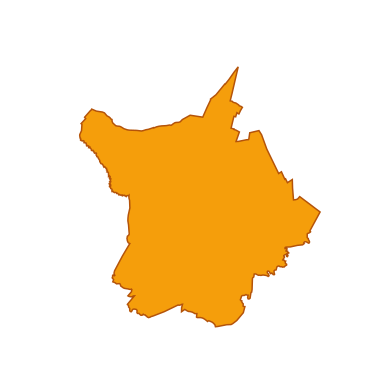 Acas, Satu Mare, Romania (Natural Earth projection), rotated 110°
{"feature_id": "2599482B53460210848238", "entity_name": "Acas", "entity_type": "district", "adm_level": 2, "iso_a3": "ROU", "parent_name": "Romania", "parent_adm1": "Satu Mare", "projection": "natural_earth1", "projection_center": [22.756, 47.519], "detail": "fine", "context": "isolated", "style": "filled", "palette": "amber", "viewbox_px": 384, "rotation_deg": 110, "n_neighbors": 0, "source": "geoboundaries", "source_scale": "gbopen_adm2", "svg_char_len": 6042}
<svg xmlns="http://www.w3.org/2000/svg" viewBox="0 0 384 384"><g transform="rotate(110 192 192)"><path d="M158.5,318.5L159.4,317.0L165.7,319.6L166.1,318.6L166.3,318.5L172.1,316.8L176.3,317.1L177.2,316.9L179.1,315.9L179.5,315.6L179.4,315.4L179.6,315.1L180.1,315.1L180.1,314.9L180.5,314.7L180.7,314.4L181.4,314.4L181.6,313.6L181.4,312.1L181.0,311.9L181.1,310.9L181.6,310.6L182.5,310.4L182.3,310.0L182.5,309.4L182.2,308.6L182.3,308.2L184.7,306.8L184.6,306.3L184.1,306.0L184.3,305.4L184.1,304.9L184.5,304.6L185.6,304.3L185.4,304.0L184.7,303.7L184.7,303.1L185.6,302.9L185.6,302.3L186.1,301.5L187.3,300.7L187.0,300.2L187.2,299.8L186.8,299.2L187.2,298.9L187.4,298.1L188.2,297.7L188.8,297.0L188.8,296.6L188.5,296.3L188.2,295.2L188.6,294.9L189.7,294.9L190.2,294.6L190.6,293.9L191.3,293.5L191.3,292.4L192.4,291.5L193.8,289.6L195.1,289.0L195.6,288.1L196.2,287.7L196.5,287.2L196.4,285.9L197.4,284.5L197.9,284.2L198.8,283.2L198.0,282.7L199.1,281.1L199.0,280.4L200.5,279.9L200.5,279.1L201.2,279.0L201.6,278.6L202.2,278.8L202.2,277.3L205.1,276.0L205.3,275.7L204.9,275.4L205.0,275.2L206.2,275.6L206.2,275.0L205.5,274.5L205.5,274.2L205.8,274.0L207.3,274.1L207.2,273.3L207.3,272.9L207.7,273.0L207.9,273.5L208.1,273.5L208.5,273.1L208.5,272.6L209.4,272.6L210.0,272.0L210.3,272.8L210.5,272.9L210.6,272.7L210.5,272.4L211.1,272.1L210.9,271.7L211.6,272.2L212.3,272.2L212.4,272.7L212.5,272.7L212.9,272.3L212.6,272.0L213.1,271.9L212.7,271.4L212.8,271.1L214.7,271.3L214.3,270.5L214.7,270.5L215.2,270.8L215.5,270.7L216.0,269.8L216.6,269.5L216.6,268.5L216.9,268.1L217.5,267.8L218.4,267.7L219.0,267.2L218.4,266.4L218.9,265.5L219.1,264.7L218.5,263.6L218.5,262.9L218.7,262.5L219.1,262.3L218.7,261.6L219.3,260.2L219.8,259.7L219.6,259.3L219.1,259.1L219.4,258.0L219.1,257.6L218.7,256.6L218.8,256.3L219.4,256.4L219.5,256.2L219.2,255.9L218.6,255.9L218.6,255.0L218.1,254.2L218.2,253.8L218.6,253.6L218.5,252.9L218.8,252.3L217.8,252.0L217.2,251.0L217.4,250.4L216.7,250.1L219.2,249.2L221.2,247.8L228.3,244.9L235.3,244.0L238.2,243.3L241.0,242.4L244.6,240.4L253.0,236.6L254.4,236.8L255.7,237.6L258.3,237.1L258.9,236.5L259.8,236.2L261.3,234.8L261.7,233.7L261.7,232.8L276.1,235.5L292.6,237.8L295.0,237.5L296.9,236.0L297.3,236.4L296.9,237.6L297.1,237.9L297.8,238.0L299.6,237.4L300.0,237.6L301.1,235.7L303.5,235.7L303.5,233.6L304.1,231.5L302.9,228.8L303.1,228.0L304.7,226.8L305.6,223.7L305.6,222.2L304.9,218.7L304.9,217.8L304.5,216.1L304.0,215.8L304.2,215.2L306.5,214.8L311.5,216.7L311.7,215.4L311.3,213.1L309.7,211.5L309.3,210.6L319.7,214.3L319.9,214.2L320.3,212.9L320.8,212.6L321.7,212.3L322.6,210.8L324.6,210.0L325.1,209.6L325.4,209.1L325.4,208.2L324.1,207.7L323.3,207.8L322.2,207.2L321.7,206.0L321.4,204.3L322.0,203.1L324.1,202.5L324.7,201.8L324.7,201.3L324.2,200.4L325.2,198.3L325.3,197.7L324.7,196.6L323.5,196.1L323.9,195.0L323.5,194.1L324.1,193.1L324.1,192.3L324.7,191.4L324.9,189.9L324.0,188.6L323.2,188.0L321.7,186.0L314.0,177.2L303.1,166.6L302.9,166.3L302.9,165.5L302.0,164.1L301.2,163.4L300.7,162.5L304.3,162.2L308.1,160.9L304.8,158.6L305.4,155.5L305.4,154.1L305.0,152.9L304.8,150.5L305.3,147.5L304.6,145.8L308.0,145.0L308.2,144.4L308.1,143.7L307.1,141.1L306.8,139.1L307.1,136.9L308.0,133.9L308.4,133.2L307.2,132.2L307.4,128.7L307.9,127.0L308.7,125.5L309.1,124.9L310.6,123.9L309.5,121.7L304.8,113.9L303.2,110.0L301.9,108.8L297.5,106.0L287.9,102.5L281.6,103.1L281.9,104.3L281.8,104.9L279.6,105.6L279.1,106.6L278.7,107.1L278.0,107.7L277.2,108.0L277.4,108.8L276.8,109.7L272.8,109.8L272.0,109.2L271.2,107.3L269.9,106.2L270.1,105.0L269.8,103.9L272.0,103.7L273.2,102.8L273.2,102.3L272.8,101.6L271.9,101.1L267.0,102.1L266.0,102.1L265.7,101.7L263.1,102.2L252.7,105.6L251.9,105.6L250.7,104.9L247.8,105.5L247.2,103.9L247.5,102.0L247.5,101.0L247.1,100.2L246.8,98.7L245.7,96.9L245.1,94.1L245.0,92.4L245.3,91.6L244.5,91.0L244.2,91.0L243.0,92.1L242.1,93.7L241.3,94.0L240.7,93.9L240.3,93.6L240.2,92.7L240.5,91.9L241.1,91.4L241.8,90.4L241.8,90.0L241.1,89.6L240.9,89.3L241.0,88.8L241.8,87.5L241.7,86.6L241.3,86.3L241.0,86.3L239.3,87.5L237.9,87.9L237.1,87.5L236.6,86.5L236.4,86.3L233.6,86.6L232.9,86.4L232.0,85.5L231.8,84.8L232.1,83.7L231.5,82.1L231.7,81.4L231.3,80.8L231.0,79.8L229.7,79.2L228.3,78.1L227.5,78.4L227.1,79.8L226.4,80.2L224.9,80.4L225.3,81.2L224.5,82.3L224.9,83.2L224.8,83.5L221.5,82.8L221.3,82.9L220.9,83.8L220.4,84.0L219.5,83.5L218.8,82.6L218.0,82.2L218.2,81.7L220.1,81.0L220.2,80.5L220.1,80.2L218.9,80.1L217.3,81.6L216.8,81.4L216.4,80.4L216.2,80.2L216.0,80.3L215.8,81.4L214.9,82.0L215.4,83.3L214.7,83.6L213.4,83.2L212.8,83.3L212.5,84.1L213.3,85.2L212.9,85.5L212.4,85.5L212.1,85.4L211.6,84.7L209.9,80.7L206.1,74.7L203.8,70.0L202.2,69.0L202.1,69.4L201.5,69.6L200.7,69.3L200.1,68.9L199.8,68.0L199.8,66.9L200.2,65.2L200.1,64.7L199.8,64.5L199.1,64.4L198.3,64.7L196.9,66.3L196.0,66.8L195.6,67.8L195.3,68.2L192.0,69.4L191.5,69.2L190.1,67.7L189.0,67.0L188.6,67.1L188.4,67.8L187.8,67.9L167.0,64.8L159.5,89.2L162.3,90.3L162.9,90.8L164.0,92.4L164.7,93.9L153.8,98.9L146.0,102.0L150.6,105.5L147.6,108.6L148.3,109.1L142.4,114.9L145.0,116.9L126.1,136.4L114.4,146.2L111.4,150.1L116.6,158.0L122.8,156.7L123.5,156.9L124.3,158.7L128.7,165.9L129.5,167.9L119.4,168.0L118.8,171.9L118.9,174.0L118.4,174.0L118.7,177.1L106.6,178.5L106.4,176.7L102.1,176.9L102.6,175.2L102.6,174.6L98.9,174.3L95.2,173.6L94.8,175.1L94.8,177.2L94.2,177.9L93.4,181.2L93.6,183.0L93.5,184.4L93.0,185.2L93.3,187.3L85.7,188.1L58.6,191.4L65.2,193.5L73.8,195.8L79.4,197.7L79.3,198.1L92.4,202.7L98.4,206.4L99.1,206.0L107.5,206.8L118.0,207.5L120.5,220.0L127.3,225.9L128.8,226.5L130.3,227.3L131.1,228.4L132.0,230.5L132.6,231.6L134.2,232.9L136.4,234.3L136.6,234.8L136.6,235.6L136.9,236.3L138.4,238.8L140.4,243.4L141.5,245.5L142.9,247.6L144.9,249.8L144.6,250.1L148.0,254.4L149.2,256.5L151.2,259.1L152.0,260.5L153.0,264.9L155.3,272.0L155.7,274.0L155.8,277.5L155.1,280.9L155.0,282.4L155.6,284.7L155.8,286.3L154.2,290.1L153.0,291.2L151.2,292.0L151.1,293.2L150.4,294.2L149.9,295.4L149.5,298.0L147.6,301.3L147.5,303.5L148.7,309.6L148.4,314.6L149.4,314.7L150.0,315.2L158.5,318.5Z" fill="#f59e0b" stroke="#b45309" stroke-width="1.5"/></g></svg>